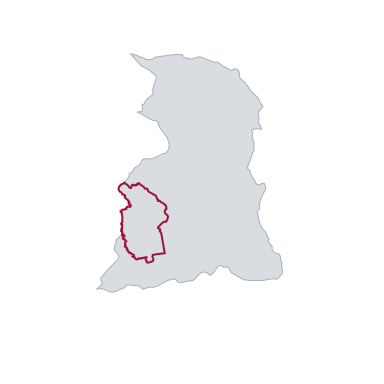 location of Mbomou within Central African Republic, rotated 117°
{"feature_id": "CAF-868", "entity_name": "Mbomou", "entity_type": "Prefecture", "adm_level": 1, "iso_a3": "CAF", "parent_name": "Central African Republic", "parent_adm1": "", "projection": "equal_earth", "projection_center": [23.723, 5.441], "detail": "fine", "context": "in_parent", "style": "outline", "palette": "rose", "viewbox_px": 384, "rotation_deg": 117, "n_neighbors": 0, "source": "natural_earth", "source_scale": "10m", "svg_char_len": 9222}
<svg xmlns="http://www.w3.org/2000/svg" viewBox="0 0 384 384"><g transform="rotate(117 192 192)"><path d="M254.6,136.4L257.5,137.4L258.0,138.6L257.2,142.6L257.8,145.0L259.5,147.1L261.1,148.0L262.7,148.5L268.3,149.8L270.7,151.2L273.7,155.9L277.6,160.1L278.6,162.4L278.4,164.4L277.2,166.9L277.4,167.9L279.2,170.3L281.2,172.9L284.9,175.7L291.4,180.1L294.4,183.1L295.4,185.3L297.0,187.7L299.3,190.0L300.9,191.7L299.8,196.5L300.1,198.1L300.7,199.5L302.1,201.4L302.6,203.9L303.9,206.9L305.5,208.3L308.2,208.8L309.6,210.3L312.5,212.7L315.3,214.8L316.6,216.3L317.3,217.5L318.0,219.1L318.3,220.6L318.4,223.9L318.8,227.9L320.4,230.7L321.8,232.8L316.0,230.4L315.1,230.4L314.1,230.8L311.1,233.7L310.2,234.1L306.4,233.4L297.2,231.1L290.1,228.9L288.0,228.1L284.2,227.3L281.7,228.8L279.3,234.1L278.7,235.1L275.0,236.6L273.2,236.2L269.0,237.6L262.4,235.5L260.1,235.9L258.2,237.0L253.5,239.4L250.6,240.7L247.3,241.9L244.1,243.8L242.0,244.8L239.9,244.8L238.0,243.8L235.9,242.8L233.5,242.7L230.9,243.2L228.7,245.3L227.9,246.8L226.0,250.7L223.7,257.1L222.8,258.4L222.0,259.1L211.7,255.9L207.3,255.1L204.3,256.1L200.6,254.3L198.9,254.0L198.2,254.6L196.1,253.8L192.7,251.6L189.4,250.7L186.5,251.0L184.7,250.2L183.3,248.1L181.4,244.2L178.1,240.3L173.6,237.2L170.8,234.9L169.7,233.3L167.3,232.5L163.6,232.3L160.0,233.8L154.9,238.7L150.1,248.6L147.5,252.4L145.4,253.4L144.8,255.8L145.9,259.6L146.1,264.0L145.4,271.4L145.6,276.8L144.5,275.9L143.4,273.4L142.9,272.9L139.8,274.0L138.2,275.1L137.3,276.1L136.6,276.2L135.6,274.8L134.9,274.6L133.6,274.8L132.4,274.8L131.5,274.6L131.0,274.8L129.5,273.9L124.2,271.9L123.2,271.2L122.2,271.2L119.4,273.1L117.9,273.6L113.4,274.7L108.6,275.2L106.8,275.3L105.6,276.1L104.8,277.2L103.2,284.1L102.9,285.3L102.9,287.0L102.5,292.5L102.7,294.3L96.9,309.4L96.0,306.9L95.4,303.9L95.2,300.5L95.3,299.6L94.9,298.6L94.5,295.9L94.9,294.1L94.6,292.2L93.4,290.4L92.4,288.9L91.9,287.7L91.4,287.1L90.3,286.9L88.8,286.3L82.5,277.4L75.9,267.4L74.6,264.1L74.0,262.3L75.6,262.1L76.1,261.7L76.1,260.9L75.1,258.3L74.6,255.0L73.8,253.0L71.2,250.0L68.8,247.7L68.0,246.5L67.6,244.8L66.7,234.0L66.3,230.9L65.5,229.6L64.9,229.0L64.7,228.2L64.8,226.3L65.2,224.6L65.2,223.9L65.8,222.4L65.9,212.4L65.1,211.0L63.6,211.0L62.9,209.6L62.2,207.7L62.4,206.4L63.8,204.4L64.8,203.6L67.6,202.0L68.4,201.2L68.9,200.3L69.2,198.9L70.9,193.8L73.4,188.7L74.4,187.7L76.9,180.1L77.5,178.2L77.9,176.3L78.7,174.8L81.4,172.2L83.4,167.8L85.6,168.0L87.8,168.7L90.7,169.1L93.0,168.2L94.4,166.5L101.4,163.5L101.9,161.1L103.0,159.8L104.3,158.7L104.8,158.6L104.9,159.4L105.6,161.8L107.2,164.3L109.5,167.0L110.2,166.9L111.6,164.8L115.3,163.5L116.2,163.0L118.8,160.0L121.9,158.1L123.7,157.4L126.8,155.4L129.1,155.7L132.6,155.3L138.6,154.4L142.9,154.1L145.1,153.7L145.7,153.3L146.5,150.4L147.2,149.6L148.8,148.4L152.0,144.1L154.1,140.4L154.7,139.1L155.1,138.9L156.0,137.3L155.2,135.7L151.6,132.5L151.7,132.0L151.5,131.5L151.7,131.0L153.0,129.7L154.9,128.2L156.8,127.6L161.9,127.8L166.2,127.4L167.3,127.5L170.6,126.8L172.9,126.1L175.3,124.5L180.7,124.7L185.2,120.7L186.5,120.0L187.0,119.4L187.2,118.8L189.3,117.2L191.7,113.9L193.5,111.0L194.0,108.9L199.1,101.9L200.9,102.1L201.8,101.2L203.8,96.5L204.4,95.7L206.5,94.9L207.5,93.5L208.4,91.4L208.4,88.9L208.0,86.8L208.0,85.8L208.5,84.9L209.3,84.0L213.1,81.5L214.1,80.3L214.7,79.2L215.8,79.0L216.9,79.1L217.7,78.4L218.5,77.3L221.2,75.8L223.7,74.6L226.3,75.1L230.9,76.6L232.3,79.9L233.0,81.1L238.8,89.0L239.9,90.9L242.8,96.6L244.6,100.4L246.6,106.0L246.8,109.0L246.5,111.6L246.1,118.9L245.6,121.0L243.0,125.0L242.9,126.8L243.4,128.3L244.2,128.9L244.7,129.6L244.4,133.0L245.3,134.4L247.2,135.3L252.1,135.9L254.6,136.4Z" fill="#d9dde1" stroke="#a8b0b8" stroke-width="1"/><path d="M262.3,233.9L262.0,233.8L261.9,233.5L261.7,232.7L261.6,232.4L261.3,232.8L261.0,233.5L260.9,234.0L261.1,234.3L261.6,234.4L261.6,234.8L261.4,235.1L261.0,235.4L259.6,235.7L259.4,235.9L259.1,236.7L259.1,237.0L259.0,237.5L258.8,237.6L258.7,237.6L258.6,237.0L258.3,236.8L257.8,236.9L257.5,237.2L256.9,238.2L256.7,238.4L256.4,238.3L256.1,237.9L255.8,237.8L255.4,237.9L255.1,238.2L254.6,238.7L253.6,239.4L253.2,239.7L252.9,239.3L252.8,239.2L252.7,239.3L252.6,239.5L252.5,240.0L252.6,240.3L252.6,240.7L252.1,240.7L251.3,240.4L251.1,240.5L250.9,240.7L250.8,240.8L250.0,240.6L249.6,240.7L248.8,241.5L248.4,241.7L247.5,241.9L247.1,242.0L246.3,242.6L245.4,242.9L245.0,243.2L243.8,244.5L243.4,244.6L242.9,244.7L242.6,244.9L242.4,245.3L242.2,245.8L242.2,246.5L241.9,246.8L241.6,246.8L241.4,246.9L241.1,246.6L240.7,246.4L240.4,246.4L240.0,246.3L239.6,245.9L238.9,245.6L238.7,244.8L237.8,244.1L237.3,243.2L237.0,242.8L236.1,243.4L235.6,243.5L235.2,243.3L234.7,242.8L234.5,242.7L234.2,242.6L233.8,242.1L233.8,241.7L233.6,241.2L233.3,240.4L233.2,240.2L232.9,240.2L232.2,240.6L231.9,240.6L231.7,240.5L231.4,240.8L231.3,241.1L231.3,241.4L231.4,241.8L231.5,242.1L231.4,242.3L230.9,242.8L230.7,243.5L230.4,243.5L229.7,243.0L229.3,243.2L229.1,243.6L228.9,244.5L228.8,244.9L228.6,245.2L228.4,245.5L228.1,245.8L228.1,246.1L228.2,246.9L227.9,247.8L227.6,248.1L227.6,248.3L227.6,248.9L227.5,249.2L227.4,249.5L227.1,249.6L226.7,249.7L225.8,249.7L225.5,249.9L225.3,250.6L225.4,251.3L225.5,251.9L225.8,252.4L225.9,252.6L225.8,252.9L225.6,253.2L225.4,253.4L225.1,253.5L225.0,253.8L224.4,255.2L224.4,255.5L224.5,256.1L224.5,256.3L224.4,256.6L224.0,257.1L223.8,257.6L223.5,258.0L222.7,258.7L222.1,259.1L219.7,259.3L217.7,258.7L217.3,258.3L216.8,258.1L216.6,257.9L216.1,257.2L215.8,257.1L214.7,256.8L214.3,256.5L214.4,256.0L214.4,255.7L214.8,255.2L214.9,254.9L215.0,254.6L214.9,253.3L214.9,252.9L215.0,252.7L215.4,252.1L215.5,252.0L215.5,251.4L215.7,250.9L216.3,250.0L216.5,248.9L216.2,248.3L215.6,248.1L214.8,248.2L213.6,248.7L213.1,248.5L212.6,248.4L212.4,248.3L212.4,248.1L212.7,247.7L212.7,247.4L212.5,247.0L211.9,246.4L211.8,245.8L212.0,245.5L211.9,245.4L211.7,245.4L211.5,245.6L211.3,245.3L211.1,244.8L210.8,245.0L210.5,245.0L210.1,244.6L210.0,244.2L209.6,244.3L209.5,244.2L209.4,243.9L209.1,244.1L208.7,244.1L208.4,243.9L208.3,243.4L208.4,243.2L208.6,242.9L208.5,242.5L208.7,241.4L209.0,240.9L209.0,240.5L209.2,237.6L209.4,237.3L210.1,236.1L210.3,235.6L210.3,235.0L210.1,234.6L209.5,233.8L209.4,233.4L209.6,233.1L210.3,232.3L210.8,231.8L211.1,231.5L211.2,231.1L211.5,229.5L211.5,226.6L211.5,226.4L211.7,226.0L211.8,225.6L211.7,225.4L211.6,225.2L211.6,224.3L211.6,222.6L212.7,221.4L213.1,220.8L213.3,220.6L213.6,220.4L213.9,220.1L214.3,219.5L214.5,219.1L214.1,219.2L214.2,218.6L214.6,218.5L215.0,218.5L215.3,218.4L215.1,217.5L214.7,216.8L214.7,216.6L214.7,216.1L215.1,215.1L215.2,214.1L215.1,212.2L215.2,211.4L215.9,210.3L216.0,209.8L215.8,209.5L215.8,209.3L215.9,209.2L216.1,209.0L216.4,208.7L218.3,207.2L218.6,207.1L218.9,207.1L219.0,207.2L219.3,207.6L219.6,207.8L220.3,207.6L220.6,207.6L221.0,207.7L221.3,207.7L221.6,207.5L222.8,206.6L223.1,206.3L223.5,205.3L223.8,203.9L224.2,203.0L224.5,202.5L224.8,202.2L227.4,201.5L227.8,201.6L228.4,201.7L228.7,201.7L229.5,201.5L229.8,201.5L230.1,201.5L230.4,201.9L230.8,202.7L231.1,203.2L231.7,203.8L233.3,204.5L238.5,206.2L239.1,206.1L239.5,206.0L239.5,205.8L239.5,205.1L239.6,204.7L239.5,204.2L239.8,203.6L240.0,203.1L240.4,203.0L240.7,203.2L240.9,203.2L241.3,203.1L241.6,203.0L241.8,202.7L242.0,201.7L242.4,201.0L242.7,200.7L258.9,188.5L264.5,196.7L265.9,198.3L266.1,198.1L266.3,198.0L266.6,198.0L267.2,198.1L267.5,198.0L267.9,197.7L269.1,196.1L269.6,195.7L269.9,195.6L271.0,195.5L271.4,195.5L271.6,195.7L272.2,196.3L272.5,196.7L273.0,197.0L273.7,197.6L274.6,198.7L274.9,199.0L275.1,199.4L275.1,199.7L275.1,200.2L275.1,200.6L274.9,200.8L274.7,200.9L274.3,200.9L274.1,201.0L273.9,201.1L273.8,201.5L273.7,202.2L273.6,202.3L272.9,202.7L272.4,203.1L272.1,203.2L271.8,203.1L271.5,203.0L270.8,202.7L270.7,202.8L270.9,203.4L273.5,206.4L273.8,207.1L274.3,207.2L274.5,207.2L274.6,207.4L274.7,207.5L274.7,207.9L274.8,208.2L275.2,208.7L275.4,209.2L275.5,209.5L275.6,209.8L275.8,209.9L276.2,209.8L276.5,209.9L276.8,210.1L277.2,210.8L277.3,211.2L277.3,211.6L276.9,212.3L276.8,213.0L276.7,213.5L276.7,214.0L276.5,214.9L276.2,214.1L275.9,214.0L275.6,214.6L275.3,214.8L275.0,214.9L274.5,215.2L274.5,215.3L274.6,215.7L274.6,215.9L274.5,216.5L274.5,217.2L274.4,217.6L274.3,217.8L274.4,218.3L274.4,218.5L274.2,218.8L274.2,219.0L274.3,219.5L274.5,219.8L274.1,220.1L274.1,220.3L274.5,220.5L274.2,220.9L274.1,221.1L274.1,221.8L273.9,222.1L273.6,222.3L273.4,222.6L273.1,222.7L272.9,222.8L272.9,223.1L273.1,223.5L273.0,223.8L272.7,223.9L272.4,224.1L272.1,224.0L272.0,224.3L271.9,224.5L271.6,224.7L271.5,224.8L271.5,225.3L271.4,225.3L271.3,225.2L271.2,225.2L271.2,225.9L271.1,226.7L271.1,226.8L270.8,226.7L270.5,226.4L270.4,226.4L270.3,226.5L270.0,227.1L269.8,227.2L269.5,227.3L269.4,227.4L269.4,227.9L269.3,228.0L269.2,228.0L268.8,227.8L268.7,227.7L268.3,227.9L268.2,228.0L268.0,228.4L267.8,228.6L267.6,228.7L267.0,228.6L266.5,228.6L266.1,228.7L265.8,228.4L265.7,228.9L265.4,229.1L265.4,229.7L265.1,230.1L265.1,230.8L264.9,230.7L264.7,230.5L264.5,230.8L264.4,231.0L264.5,231.4L264.4,231.7L264.4,231.9L264.4,232.0L264.5,232.1L264.9,232.2L264.9,232.4L264.8,232.6L264.6,232.8L264.4,232.8L264.2,232.7L263.9,232.4L263.7,232.5L263.3,233.0L262.9,232.8L262.4,233.0L262.3,233.3L262.3,233.7L262.3,233.9Z" fill="none" stroke="#9f1239" stroke-width="2"/></g></svg>